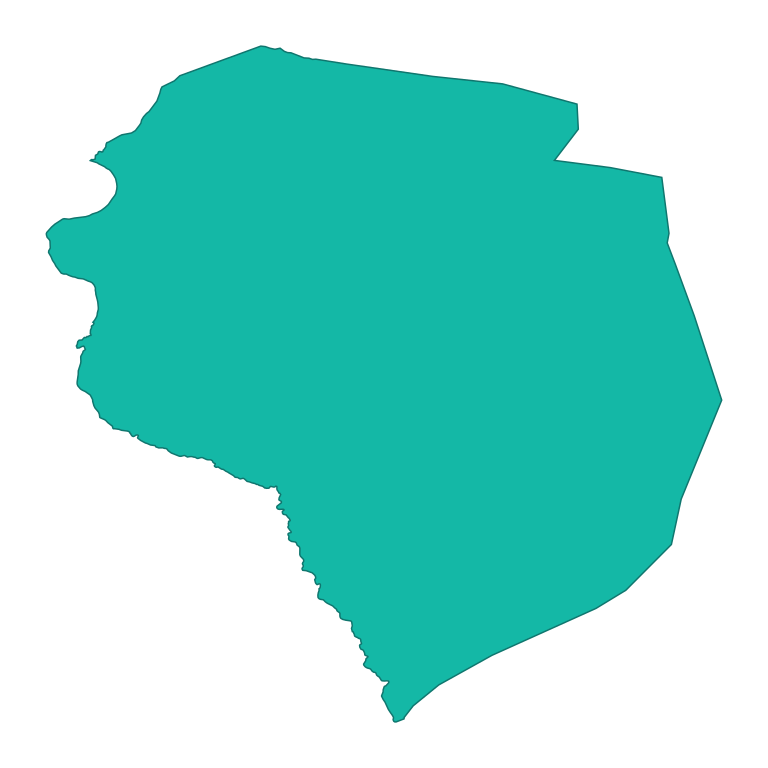 outline of Xovd, Uvs, Mongolia
{"feature_id": "93677404B40816338694453", "entity_name": "Xovd", "entity_type": "district", "adm_level": 2, "iso_a3": "MNG", "parent_name": "Mongolia", "parent_adm1": "Uvs", "projection": "robinson", "projection_center": [90.829, 49.365], "detail": "fine", "context": "isolated", "style": "filled", "palette": "teal", "viewbox_px": 768, "rotation_deg": 0, "n_neighbors": 0, "source": "geoboundaries", "source_scale": "gbopen_adm2", "svg_char_len": 5977}
<svg xmlns="http://www.w3.org/2000/svg" viewBox="0 0 768 768"><path d="M184.9,455.6L187.4,457.0L189.9,456.6L191.9,456.6L194.1,457.2L195.0,457.2L197.2,458.4L198.1,458.4L200.8,457.6L202.4,457.6L206.5,459.5L208.0,459.8L210.7,459.8L211.2,460.1L212.4,460.8L212.8,462.0L213.8,463.0L215.2,463.6L215.1,464.8L214.5,465.3L214.4,465.9L214.6,466.4L215.6,467.1L216.2,467.3L218.1,467.0L221.1,468.9L221.9,469.2L223.3,469.4L226.0,471.3L227.6,472.0L229.2,473.1L233.5,475.6L234.9,477.1L235.4,477.3L237.7,477.5L239.4,478.6L240.4,478.9L243.1,478.3L244.3,478.8L247.1,481.4L249.5,481.9L252.1,482.9L255.2,483.6L256.5,484.4L257.4,484.4L258.3,484.7L259.0,485.3L262.7,486.3L264.8,488.0L265.4,487.9L266.1,488.3L268.7,488.2L269.3,487.9L270.3,486.5L270.8,486.4L274.0,487.1L275.0,486.8L275.8,486.2L276.7,486.4L276.9,486.9L276.9,489.0L277.1,489.9L278.5,491.9L278.7,492.7L279.1,493.1L279.9,493.3L280.7,494.6L279.2,497.7L278.9,499.6L279.1,500.1L281.2,501.3L281.4,501.7L281.3,502.8L277.2,506.0L276.8,506.8L276.8,507.7L277.3,508.5L278.1,509.1L279.5,509.4L282.4,509.2L283.7,509.4L284.0,509.7L284.0,510.0L282.5,511.3L282.3,511.8L282.5,513.1L283.3,514.3L286.1,514.9L288.3,517.7L289.2,518.4L290.1,520.0L290.2,520.6L289.6,521.1L288.9,521.2L288.6,521.5L288.6,522.8L288.3,523.3L288.6,525.5L287.9,527.0L288.0,527.5L290.1,530.5L291.0,531.4L291.2,531.9L291.1,532.5L288.9,533.1L288.2,533.6L288.0,534.1L288.1,535.0L288.8,536.0L288.9,536.7L288.6,538.9L289.2,540.0L291.4,541.4L294.8,541.9L295.6,542.2L296.2,542.7L297.2,545.2L299.3,546.7L299.9,548.3L299.8,554.4L300.1,555.5L300.6,556.4L303.3,559.2L303.7,560.1L303.6,561.6L302.8,562.6L302.4,563.8L303.2,565.4L303.3,566.1L303.1,566.9L302.4,567.7L302.0,568.9L302.7,570.3L306.2,570.7L312.2,572.8L314.7,575.1L315.5,576.6L315.7,578.1L315.4,578.8L314.9,579.2L314.7,579.7L315.5,582.8L316.0,583.6L316.9,584.5L317.6,584.5L319.0,583.8L320.0,584.0L320.3,584.3L320.4,585.3L320.2,587.3L319.7,588.2L319.0,588.8L319.1,590.4L318.3,592.7L317.9,595.0L318.0,597.3L318.4,598.0L319.2,598.8L320.3,599.3L323.4,599.8L325.1,601.6L326.6,602.8L328.0,603.6L332.7,605.9L334.6,607.8L336.4,609.2L336.7,609.7L336.9,610.5L337.3,611.1L339.5,612.7L339.9,613.4L339.9,616.1L340.3,617.6L340.9,618.4L342.7,619.4L345.8,620.2L350.7,620.9L351.3,621.4L351.7,622.0L352.3,625.9L351.5,628.4L352.3,631.6L353.1,631.8L354.4,634.7L354.5,635.7L354.9,636.3L356.5,637.2L357.1,637.3L358.7,638.4L359.4,638.4L360.5,639.2L360.7,639.8L360.9,641.7L361.5,643.2L361.4,643.8L360.0,644.7L359.6,645.4L359.8,647.1L360.7,648.8L361.2,649.4L362.3,649.6L362.9,650.0L363.6,650.9L364.2,652.0L364.7,653.6L364.8,654.8L365.1,655.2L367.9,656.4L367.8,657.1L366.0,658.8L365.7,660.7L363.6,664.1L363.8,665.1L365.1,666.7L366.1,667.4L367.3,668.0L369.9,668.7L370.7,669.2L371.9,670.9L372.7,671.6L373.7,672.2L375.0,672.4L375.9,673.0L376.6,675.0L377.5,675.9L379.4,677.2L381.3,680.3L382.0,680.8L384.4,681.0L387.0,680.8L388.5,681.1L388.8,681.6L388.8,682.4L388.4,683.1L385.9,685.8L384.4,686.4L384.1,687.0L383.2,689.7L383.1,691.9L381.6,695.7L381.6,696.2L383.2,699.5L385.0,702.1L388.4,709.5L390.5,712.7L391.9,714.6L393.3,716.9L393.5,717.9L393.1,719.5L393.3,720.3L393.8,721.3L394.8,721.9L396.2,721.9L404.0,718.9L404.2,717.4L413.2,705.8L438.8,684.9L492.0,655.3L596.0,608.4L625.9,590.2L671.4,544.5L681.2,499.1L721.7,400.1L694.2,315.7L675.3,264.2L667.2,242.9L669.0,233.3L661.8,177.4L610.3,167.6L554.4,160.4L578.3,129.2L577.0,104.1L502.7,83.9L432.6,76.4L346.3,64.0L315.9,59.2L312.4,59.4L309.0,58.2L304.0,57.9L291.0,52.8L287.6,52.6L284.4,51.4L280.1,48.2L275.0,49.3L269.9,48.2L265.3,46.6L260.8,46.1L179.9,75.7L174.3,80.9L162.0,86.9L160.8,89.3L159.9,93.0L156.9,101.1L149.0,111.6L146.5,113.5L143.5,116.9L141.6,120.1L140.9,123.1L139.6,125.1L135.4,130.6L131.5,133.0L121.9,134.8L119.6,135.9L108.4,142.2L106.9,142.6L106.2,143.9L105.9,145.4L105.9,146.8L103.8,149.8L103.3,150.1L102.9,151.6L101.8,152.1L101.1,151.7L99.5,151.5L98.8,151.7L98.3,152.2L98.0,153.4L97.6,154.1L95.5,155.3L95.3,157.0L95.2,159.0L93.0,159.8L91.9,159.5L91.0,159.9L90.3,160.6L97.4,162.8L98.5,163.7L104.6,166.7L106.1,168.0L107.6,168.9L109.3,169.6L111.0,171.3L113.6,175.0L115.6,178.5L116.7,183.5L117.0,186.4L116.8,189.0L115.7,193.9L114.5,195.9L112.2,198.9L108.4,204.5L105.1,207.5L101.1,210.5L97.4,212.4L92.3,214.0L89.4,215.6L85.6,216.7L74.2,218.1L69.1,219.2L64.1,218.7L62.6,219.1L54.8,224.2L51.5,227.1L46.8,232.4L46.3,233.8L46.5,235.2L47.2,237.4L48.0,238.2L49.3,239.7L50.0,241.1L50.3,248.1L48.7,250.9L48.6,252.6L51.0,256.7L52.6,260.5L54.7,263.6L55.8,265.9L61.2,273.1L63.5,274.0L66.5,274.1L68.5,275.2L70.8,276.1L72.9,276.8L74.9,277.1L78.1,278.3L83.3,278.9L88.2,281.1L90.4,281.8L92.3,282.9L94.2,285.2L95.4,287.9L95.3,290.2L95.7,292.3L95.9,294.5L97.2,299.4L97.8,302.1L98.3,307.4L98.3,309.4L97.4,312.7L97.1,315.2L96.5,317.0L94.7,320.1L92.9,322.3L93.9,323.0L93.9,323.7L92.7,325.5L91.9,325.7L91.4,326.5L91.6,327.7L90.5,330.1L90.3,333.5L90.9,334.3L90.9,335.4L89.8,335.5L89.0,335.9L88.3,336.6L87.0,336.5L86.6,337.1L86.0,337.5L84.3,337.5L82.0,340.0L79.1,340.2L77.8,341.6L77.4,343.3L77.3,344.4L76.5,345.5L76.4,346.1L76.8,346.3L76.9,346.8L76.9,347.8L77.3,348.1L79.3,347.9L81.9,346.5L83.6,346.1L84.3,346.7L84.5,347.7L85.4,349.2L85.1,349.7L83.1,351.3L82.7,352.9L81.1,355.7L80.7,356.9L80.9,361.5L80.6,363.5L78.3,370.8L78.2,374.6L77.2,381.5L77.1,383.2L77.3,384.6L78.0,386.1L80.5,389.0L82.2,390.1L85.2,391.5L90.2,395.0L91.1,396.6L92.6,399.6L92.7,401.4L93.9,405.7L95.1,408.1L98.4,412.0L99.3,414.1L99.8,417.4L100.3,417.8L104.5,419.6L105.7,420.4L108.0,422.8L112.4,426.2L112.8,428.0L113.1,428.5L113.7,428.8L114.6,428.7L118.9,429.3L121.6,430.3L127.7,431.1L129.6,432.0L129.8,432.9L130.6,433.6L130.9,434.4L131.8,435.7L132.6,436.3L133.4,436.5L134.5,436.1L135.9,435.2L136.6,435.0L137.4,435.0L138.0,435.2L138.3,435.5L138.3,436.0L137.6,437.5L137.6,437.9L138.0,438.4L140.6,440.4L145.4,443.0L147.2,443.5L150.5,445.0L155.1,445.6L155.9,446.9L158.8,447.9L162.5,447.8L164.5,448.4L165.9,448.5L166.8,448.9L168.3,450.8L171.3,453.0L179.1,456.1L180.2,456.3L181.4,456.2L184.0,455.5L184.9,455.6Z" fill="#14b8a6" stroke="#0f766e" stroke-width="1.5"/></svg>